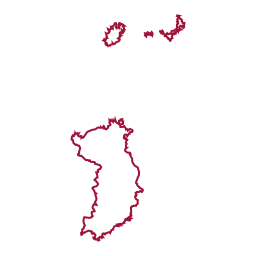 Sao Joao Baptista, Brava, Cabo Verde (orthographic projection)
{"feature_id": "66160863B96352926706883", "entity_name": "Sao Joao Baptista", "entity_type": "district", "adm_level": 2, "iso_a3": "CPV", "parent_name": "Cabo Verde", "parent_adm1": "Brava", "projection": "orthographic", "projection_center": [-24.678, 14.893], "detail": "fine", "context": "isolated", "style": "outline", "palette": "rose", "viewbox_px": 256, "rotation_deg": 0, "n_neighbors": 0, "source": "geoboundaries", "source_scale": "gbopen_adm2", "svg_char_len": 5777}
<svg xmlns="http://www.w3.org/2000/svg" viewBox="0 0 256 256"><path d="M81.4,234.8L82.3,234.4L82.0,232.6L84.6,232.8L84.9,232.2L88.5,230.7L91.5,231.3L91.9,231.7L91.4,232.5L91.8,233.4L92.7,233.9L93.8,233.0L95.5,235.1L94.8,237.3L93.3,237.5L93.5,238.3L93.9,238.8L95.4,238.7L95.4,239.4L96.7,239.4L98.2,240.6L99.3,240.0L98.3,238.5L98.5,237.8L99.3,237.8L100.0,236.9L101.5,237.8L101.5,237.1L103.1,237.2L102.1,235.6L102.6,233.7L103.8,233.4L104.4,234.3L105.2,234.4L105.8,233.3L109.1,232.1L110.2,233.1L111.4,230.1L113.2,229.6L113.2,228.4L113.8,227.5L114.4,227.8L114.0,227.3L114.3,226.5L116.7,225.2L117.3,225.3L117.3,226.0L118.4,226.2L118.2,225.6L118.7,225.4L118.3,225.0L119.7,225.2L119.2,224.7L119.8,224.8L119.6,224.0L120.8,224.2L120.1,223.5L121.0,224.0L124.3,223.0L123.9,222.1L125.0,221.1L125.1,219.7L125.6,219.2L126.0,219.8L126.4,219.8L126.0,219.0L127.9,218.3L128.5,218.9L128.0,220.2L129.0,220.4L129.0,219.9L130.1,220.1L130.5,218.5L131.1,218.3L129.0,217.1L131.3,215.8L130.6,215.1L131.1,214.6L130.6,213.5L131.0,213.4L131.2,212.1L130.9,207.5L132.1,206.2L132.5,206.5L133.9,205.7L135.6,205.9L135.5,205.5L137.6,204.0L137.8,200.1L136.3,199.3L135.1,197.5L135.3,195.8L136.3,195.8L136.6,194.6L135.6,193.3L135.7,192.8L137.1,191.9L138.7,192.1L140.2,191.1L141.0,191.2L141.7,192.0L142.4,191.5L142.5,190.2L142.2,190.2L142.8,190.0L142.7,189.5L139.4,187.6L139.3,187.0L137.9,186.1L137.0,184.5L137.2,184.0L136.0,182.9L136.4,181.1L137.1,181.1L136.7,180.9L137.8,177.3L138.9,175.2L139.1,172.0L137.7,167.4L134.9,165.8L132.9,163.1L132.2,161.1L132.2,158.7L129.8,154.5L130.6,154.1L130.0,152.7L127.4,152.6L125.1,150.8L125.2,149.3L126.7,147.8L126.1,147.8L125.9,146.4L126.1,144.8L126.7,143.9L125.8,142.7L126.3,141.0L127.3,139.8L126.2,138.9L125.4,139.1L124.1,138.3L123.9,137.7L124.6,137.3L123.9,137.1L124.2,135.3L125.3,134.5L126.8,134.8L127.3,136.1L128.6,134.2L129.7,133.7L129.4,133.1L129.8,132.2L132.2,131.9L132.6,130.8L132.3,130.0L129.9,128.9L128.0,130.5L127.9,129.5L127.3,129.2L126.0,129.6L125.7,128.2L124.1,126.0L123.0,126.9L120.4,127.0L119.8,124.2L121.0,124.4L123.0,123.8L123.1,122.1L122.7,122.4L122.1,120.7L122.3,119.1L120.4,119.6L119.5,121.5L119.0,121.2L118.7,124.0L116.1,122.3L115.2,119.6L114.9,121.1L113.6,121.2L113.2,120.4L112.9,121.8L112.0,120.6L111.1,121.1L110.8,120.1L110.3,120.8L109.5,120.1L109.7,122.0L109.3,122.7L110.5,124.5L109.9,125.4L108.0,126.1L108.1,127.6L106.3,129.3L104.5,128.6L104.6,127.5L104.0,126.5L103.4,127.6L103.2,127.1L103.0,127.6L101.4,127.8L100.9,127.2L100.8,127.8L97.9,127.5L95.3,129.3L92.0,129.9L87.3,131.9L83.3,137.6L82.4,137.7L81.9,137.1L81.5,137.5L81.6,136.3L80.9,136.1L80.9,136.8L78.4,136.1L77.9,135.2L78.7,133.6L77.8,134.0L77.4,133.2L75.8,133.7L75.4,133.1L75.4,134.1L74.6,133.9L73.8,136.2L73.2,136.4L72.6,135.7L71.8,137.1L71.6,139.6L72.9,140.1L73.5,143.1L75.8,145.0L76.6,144.6L78.6,145.9L79.1,145.8L80.2,148.0L78.9,152.5L79.2,153.4L78.0,154.2L78.0,155.0L80.1,156.0L81.3,155.7L85.7,160.0L88.0,160.1L88.9,160.9L89.8,160.3L90.7,161.8L94.4,162.0L95.0,162.9L94.9,163.7L99.7,165.1L101.2,167.1L100.2,169.1L98.8,169.3L97.7,170.3L98.3,171.6L98.0,172.2L96.2,172.4L97.2,174.8L97.5,177.5L96.6,177.7L94.5,179.9L96.0,181.0L97.5,183.0L98.1,183.9L97.6,185.1L96.3,186.3L93.4,187.1L92.4,188.1L94.3,190.9L94.9,192.8L96.3,193.5L95.3,194.8L96.5,198.5L96.0,200.6L94.9,202.0L96.4,204.9L93.7,204.3L92.6,206.8L92.8,208.4L94.0,209.5L94.6,211.2L91.9,211.9L91.6,213.4L92.7,216.0L91.8,216.4L91.7,217.3L89.2,217.9L84.3,217.2L83.6,219.3L83.5,221.9L84.9,225.8L83.9,226.7L83.7,228.6L82.2,229.4L82.2,231.6L81.0,233.1L81.4,234.8ZM119.8,23.0L119.1,23.2L118.6,25.1L119.3,25.9L119.2,28.1L118.0,27.3L116.7,28.4L115.8,27.2L116.5,24.8L115.9,23.1L114.9,23.2L113.7,25.7L111.8,26.6L111.5,27.8L111.1,27.5L111.3,28.4L112.7,28.1L112.8,28.7L112.3,28.4L110.5,29.1L110.0,29.9L108.0,29.0L108.4,30.1L109.1,30.2L108.9,30.9L109.6,31.8L108.4,33.3L107.1,33.3L106.6,33.9L106.0,33.5L106.9,36.6L106.4,36.9L106.3,37.8L106.9,38.1L106.3,38.3L105.8,39.6L104.4,39.2L104.4,39.6L103.3,40.4L105.2,41.4L105.6,42.8L106.7,43.0L106.8,43.8L105.7,44.1L106.3,45.0L107.1,44.5L107.9,45.8L108.1,45.4L110.0,45.7L110.4,44.8L112.8,44.2L112.7,43.2L113.5,44.2L114.8,43.6L114.7,44.2L116.0,42.3L118.6,41.3L119.6,40.2L119.8,39.3L118.0,38.5L119.7,36.9L119.0,36.3L120.4,36.6L120.8,35.8L119.8,35.2L120.1,34.5L120.6,34.6L119.8,33.8L119.8,32.6L120.5,32.3L122.0,32.9L121.8,30.2L123.4,32.2L124.6,29.9L123.6,29.5L124.1,28.6L123.8,27.3L122.8,26.6L123.0,26.1L123.4,26.4L123.5,25.6L124.2,25.6L122.0,24.0L120.4,25.1L120.4,23.7L119.8,23.0ZM179.1,15.8L177.2,15.4L176.9,16.1L178.0,16.7L178.4,18.0L177.2,19.3L177.9,21.3L177.1,21.6L177.3,22.1L177.9,22.1L178.3,23.6L177.0,24.3L176.9,26.4L177.4,27.2L176.8,28.1L176.9,28.8L175.0,29.6L174.4,30.6L171.6,31.1L171.4,32.7L170.5,33.8L169.6,33.6L168.3,34.3L167.2,33.2L166.5,34.4L165.6,34.3L164.6,35.8L164.7,36.2L166.2,36.0L166.7,36.7L166.8,36.2L167.1,37.3L168.7,38.3L168.5,39.0L169.2,39.2L170.0,40.8L170.7,40.5L171.1,38.7L172.4,38.2L171.8,36.3L172.5,35.0L172.3,34.5L173.1,34.4L172.9,33.9L173.9,33.1L174.8,33.8L175.0,33.4L175.7,33.5L175.5,32.1L176.2,32.2L177.1,31.3L176.7,30.0L177.6,30.0L178.2,31.3L178.3,30.8L179.0,30.6L178.8,30.3L179.4,30.5L179.7,29.7L181.1,29.5L179.3,28.3L179.7,26.3L180.9,25.7L182.5,27.0L182.5,27.5L183.6,27.8L183.9,27.4L183.3,27.2L183.6,26.5L183.1,25.9L184.1,25.6L184.4,23.0L182.8,23.3L182.3,21.7L181.6,21.4L181.9,20.0L180.8,18.9L179.5,18.6L179.1,17.8L179.4,17.2L178.7,16.0L179.1,15.8ZM147.7,32.2L146.7,33.6L145.0,33.3L145.3,34.3L144.9,35.4L146.2,36.5L146.3,35.3L146.9,34.8L148.7,34.7L149.8,33.5L147.7,32.2ZM163.3,32.1L162.3,30.7L162.0,31.3L160.6,31.2L161.1,32.2L160.5,32.2L161.3,33.4L162.4,32.8L163.1,34.0L163.7,33.6L163.0,32.9L163.3,32.1ZM152.4,33.2L151.6,32.0L150.0,34.1L150.6,34.2L150.6,35.0L151.7,34.7L152.2,35.6L152.6,34.4L152.5,33.6L152.0,33.7L152.4,33.2Z" fill="none" stroke="#9f1239" stroke-width="2"/></svg>